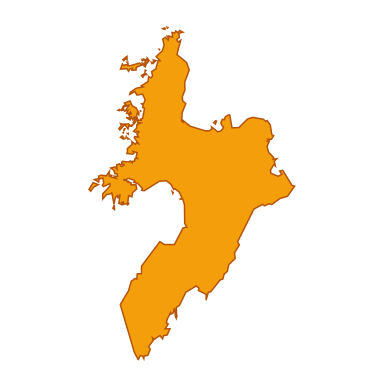 Camarines Sur, Camarines Sur, Philippines, rotated 268°
{"feature_id": "2640588B57655195310467", "entity_name": "Camarines Sur", "entity_type": "district", "adm_level": 2, "iso_a3": "PHL", "parent_name": "Philippines", "parent_adm1": "Camarines Sur", "projection": "mercator", "projection_center": [123.465, 13.694], "detail": "fine", "context": "isolated", "style": "filled", "palette": "amber", "viewbox_px": 384, "rotation_deg": 268, "n_neighbors": 0, "source": "geoboundaries", "source_scale": "gbopen_adm2", "svg_char_len": 6151}
<svg xmlns="http://www.w3.org/2000/svg" viewBox="0 0 384 384"><g transform="rotate(268 192 192)"><path d="M183.2,118.5L182.2,120.6L182.4,120.5L182.5,120.5L183.2,120.8L183.1,120.6L184.2,121.5L184.1,122.9L185.0,122.5L184.3,123.0L181.8,122.2L182.9,127.3L190.5,128.6L189.3,131.8L193.3,132.4L197.0,136.9L201.2,136.2L201.3,131.3L203.3,131.4L204.3,127.4L204.6,129.8L206.2,124.7L207.3,123.8L206.3,125.7L207.9,128.8L205.9,134.4L204.3,135.5L204.0,134.3L203.6,134.1L202.4,138.1L197.4,142.4L195.5,141.8L194.9,144.2L203.9,159.9L204.1,166.9L200.2,171.4L195.1,173.8L196.0,174.9L192.3,179.3L187.2,181.4L185.3,181.1L185.1,180.5L185.5,182.5L179.6,184.0L160.9,183.6L157.1,185.6L156.3,181.7L140.1,172.6L140.4,162.8L143.5,158.1L119.7,139.0L112.1,138.6L112.2,134.4L106.8,133.8L107.6,131.9L104.8,128.1L95.7,125.2L82.0,116.4L34.1,128.7L26.9,132.1L26.5,132.5L30.3,134.5L29.7,136.9L27.2,138.0L29.7,138.4L30.3,142.1L36.2,144.8L39.1,143.3L44.9,148.0L47.4,147.5L45.9,148.8L49.6,154.9L46.3,157.5L49.5,158.6L49.9,162.1L56.1,165.2L56.2,160.3L60.9,163.6L62.0,161.8L65.9,162.9L72.2,166.4L70.7,166.8L72.0,169.1L76.5,170.3L71.0,171.1L70.5,172.3L77.2,172.3L79.1,175.5L92.0,182.3L98.0,193.0L95.5,195.7L93.4,194.9L89.2,202.6L83.4,202.3L91.2,204.8L91.6,207.2L103.1,217.0L103.9,219.8L108.6,221.2L111.6,224.6L118.1,226.2L124.0,232.8L129.8,232.4L137.4,237.5L140.6,235.8L172.8,253.3L177.2,262.2L175.7,264.1L177.5,268.3L176.8,271.4L182.4,279.6L184.4,287.3L194.2,294.8L195.1,292.2L210.5,283.4L209.8,280.3L206.7,282.4L204.7,278.6L208.0,271.4L211.3,271.3L216.7,274.8L215.2,276.2L219.7,275.3L222.3,277.9L221.9,274.2L223.6,274.8L228.9,270.1L234.7,268.5L239.6,270.8L240.3,269.0L241.1,271.1L242.1,269.8L242.0,273.2L245.4,275.6L246.4,273.8L256.2,272.6L260.8,269.6L260.0,268.1L262.2,265.9L264.5,255.1L263.0,250.0L254.8,241.2L254.7,234.2L267.6,232.5L267.8,231.2L265.9,227.8L263.1,226.8L263.6,224.9L259.9,223.1L255.3,225.7L252.0,223.2L251.3,219.8L256.3,213.8L254.4,214.1L252.6,211.5L252.6,207.5L257.8,192.5L264.6,184.6L262.3,185.3L263.3,184.0L271.8,185.0L280.5,188.9L283.5,185.8L287.7,185.7L294.1,188.5L302.1,188.6L314.0,193.5L321.6,191.1L329.9,181.7L344.0,186.0L342.3,183.6L344.6,181.9L347.0,184.7L351.1,184.4L352.0,188.5L353.9,185.3L351.7,183.5L353.5,181.4L351.5,180.3L352.1,177.6L347.3,178.0L348.7,174.6L344.7,173.5L347.5,170.7L345.7,168.0L340.0,169.3L334.2,167.3L328.6,160.9L324.3,164.6L324.4,162.7L316.4,160.2L313.7,155.8L309.4,156.7L307.5,155.0L308.9,152.7L303.9,151.9L300.0,145.1L298.8,147.0L297.7,140.0L293.8,133.8L291.7,133.2L294.4,138.5L290.8,140.3L291.5,146.0L285.8,148.4L282.2,146.9L281.8,144.7L281.1,145.7L281.3,146.3L281.2,146.4L278.0,145.6L277.3,147.5L267.2,145.2L266.7,143.2L265.5,143.8L265.3,143.5L265.7,140.6L263.3,140.0L262.8,143.2L261.2,139.2L257.7,138.8L254.8,135.7L253.2,138.4L254.8,139.3L254.1,141.1L251.3,139.0L248.7,140.4L249.4,136.7L248.2,136.2L242.2,140.1L243.2,138.1L241.5,137.2L244.6,133.5L241.8,134.0L237.6,128.9L232.9,128.8L232.9,127.5L231.9,133.9L232.5,135.3L234.7,134.4L233.2,138.6L228.7,137.3L227.4,138.6L227.6,136.2L224.8,135.7L224.7,133.2L223.2,133.2L225.2,131.3L224.1,130.1L225.1,123.4L222.1,122.2L222.3,124.8L221.0,125.0L220.0,122.1L222.7,120.3L221.8,117.7L217.3,117.8L219.8,115.9L218.8,111.6L216.2,114.8L213.0,115.5L213.0,117.8L210.2,118.1L210.5,115.0L208.3,116.5L210.4,110.5L211.4,112.1L212.0,109.8L215.5,110.2L211.1,106.9L212.0,101.7L211.2,99.4L208.6,99.1L207.9,94.8L205.2,99.0L208.3,99.7L209.0,103.4L204.2,104.1L201.7,102.6L200.5,103.8L203.3,110.3L200.8,110.3L193.2,102.7L188.1,102.5L192.4,106.4L193.2,111.6L194.6,111.8L182.5,113.6L189.1,115.2L191.1,117.2L188.8,117.8L189.2,119.4L190.3,119.1L191.5,119.4L191.6,119.9L183.2,118.5ZM277.5,124.8L275.9,124.7L276.4,126.9L279.1,126.0L281.2,132.3L275.3,128.0L276.0,131.0L272.9,129.5L272.6,132.3L274.1,133.2L272.3,134.1L271.5,131.5L269.6,132.6L268.0,132.2L268.8,128.7L266.2,132.6L269.0,134.4L266.4,135.3L269.1,137.3L267.6,140.0L270.1,139.2L272.8,140.2L271.0,141.5L273.1,141.7L277.9,139.1L280.3,135.3L285.2,133.2L283.3,127.6L281.6,129.2L280.7,126.7L277.5,124.8ZM317.3,124.8L317.5,131.1L314.9,132.9L317.0,134.0L317.6,136.8L315.8,136.3L315.9,140.4L318.6,140.7L320.5,145.8L322.7,144.2L320.4,134.7L320.7,132.3L321.9,132.6L320.9,127.8L322.3,126.9L317.3,124.8ZM198.2,89.2L196.3,90.8L200.4,93.9L202.6,98.7L204.8,93.5L198.2,89.2ZM262.2,126.8L257.3,130.3L260.3,131.1L259.8,133.9L261.5,135.9L260.5,132.8L262.3,130.8L262.2,126.8ZM257.7,121.1L256.6,122.1L261.6,127.0L262.8,123.0L261.3,123.8L257.7,121.1ZM326.8,147.6L322.5,151.6L324.6,153.6L326.8,147.6ZM310.2,145.5L308.4,146.9L310.8,148.6L310.9,150.9L312.4,149.6L310.2,145.5ZM326.8,127.5L325.5,128.4L327.2,129.7L326.4,131.7L329.8,131.8L326.8,127.5ZM263.2,135.6L262.3,136.7L266.4,139.5L267.2,137.7L263.2,135.6ZM249.2,122.4L247.4,124.9L247.5,126.4L250.5,124.3L249.2,122.4ZM260.5,216.1L259.1,217.8L262.1,218.9L262.4,218.1L260.5,216.1ZM325.4,157.9L322.2,158.0L324.6,160.5L325.4,157.9ZM70.7,171.0L68.5,171.0L66.2,171.9L68.9,172.7L70.7,171.0ZM178.4,112.4L177.2,113.9L181.1,113.8L181.2,113.5L178.4,112.4ZM320.4,147.8L318.7,149.6L320.8,150.5L321.4,149.2L320.4,147.8ZM327.6,151.8L325.5,151.5L326.0,153.0L327.6,151.8ZM356.2,168.4L355.5,170.5L356.5,171.1L356.9,170.2L356.2,168.4ZM276.2,120.9L275.8,122.4L276.5,123.4L277.1,122.2L276.2,120.9ZM322.7,146.6L321.3,146.7L321.6,148.8L322.7,146.6ZM257.6,126.5L255.3,125.8L257.5,127.2L257.6,126.5ZM322.6,149.9L321.7,150.5L322.2,151.2L322.6,149.9ZM249.6,128.2L248.3,127.8L248.5,128.6L249.6,128.2ZM348.6,172.5L347.1,173.2L348.5,173.2L348.6,172.5ZM180.9,126.7L182.3,128.2L183.2,128.3L183.3,127.7L180.9,126.7ZM323.0,156.0L321.8,156.4L322.3,157.0L323.0,156.0ZM324.2,132.3L324.1,131.6L323.3,132.2L324.2,132.3ZM254.6,125.9L253.6,125.2L253.4,125.5L254.6,125.9ZM192.1,173.2L193.0,172.3L191.2,172.8L192.1,173.2ZM248.0,129.7L247.2,129.7L247.2,130.8L248.0,129.7ZM185.7,180.8L185.2,179.3L185.2,180.1L185.7,180.8ZM252.9,130.4L252.8,129.6L252.1,130.4L252.9,130.4ZM326.1,146.7L325.6,146.5L324.4,147.4L326.1,146.7ZM335.8,164.1L334.8,164.8L335.8,164.5L335.8,164.1ZM274.8,143.2L273.8,143.6L274.9,143.5L274.8,143.2ZM357.5,172.9L356.8,173.3L357.3,173.7L357.5,172.9ZM315.4,149.5L314.2,149.3L315.0,150.2L315.4,149.5Z" fill="#f59e0b" stroke="#b45309" stroke-width="1.5"/></g></svg>